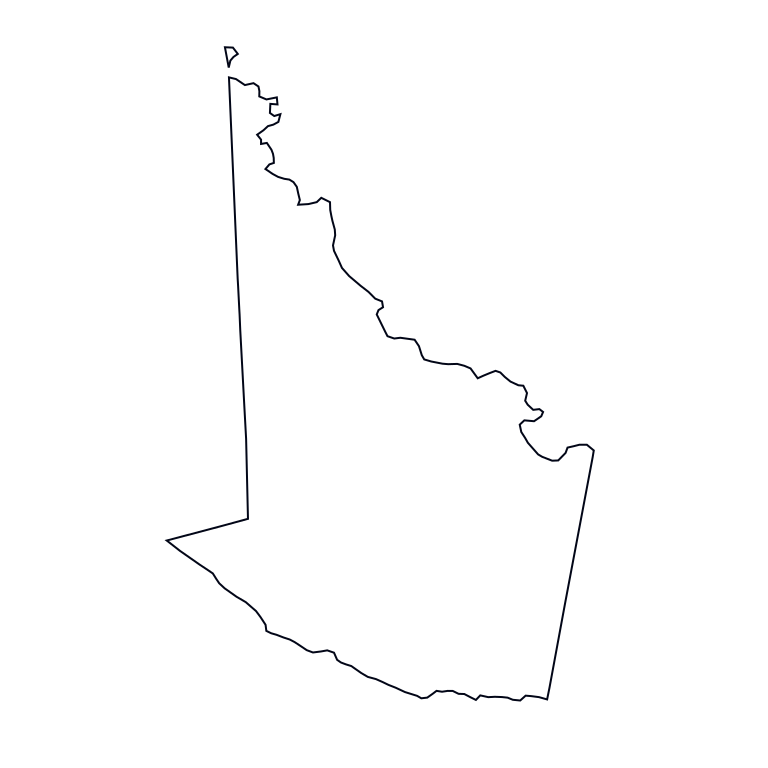 Lago Verde, Maranhão, Brazil, rotated 281°
{"feature_id": "56859067B93982504925722", "entity_name": "Lago Verde", "entity_type": "district", "adm_level": 2, "iso_a3": "BRA", "parent_name": "Brazil", "parent_adm1": "Maranhão", "projection": "robinson", "projection_center": [-44.838, -3.983], "detail": "fine", "context": "isolated", "style": "outline", "palette": "ink", "viewbox_px": 768, "rotation_deg": 281, "n_neighbors": 0, "source": "geoboundaries", "source_scale": "gbopen_adm2", "svg_char_len": 2360}
<svg xmlns="http://www.w3.org/2000/svg" viewBox="0 0 768 768"><g transform="rotate(281 384 384)"><path d="M655.4,173.3L459.3,220.3L451.9,222.2L429.7,227.7L424.6,229.0L409.5,232.6L331.7,252.1L303.9,259.1L225.7,276.2L212.5,249.4L188.9,200.6L181.2,215.7L171.7,237.1L165.4,252.1L160.6,256.6L156.9,260.3L153.0,266.6L147.0,279.9L143.5,289.9L139.8,296.3L136.7,301.7L131.7,307.2L125.0,313.7L119.2,315.6L117.8,320.8L117.3,326.4L116.0,333.7L115.2,340.2L113.6,345.5L110.6,352.8L108.0,358.9L106.9,365.5L109.4,373.1L111.7,379.1L110.7,386.2L104.3,390.6L102.4,394.9L101.5,400.2L100.9,405.7L98.7,410.6L95.9,416.9L93.4,424.0L92.8,432.4L91.2,439.4L89.5,445.8L88.1,453.4L85.6,463.4L84.2,476.0L82.6,480.6L84.4,486.3L89.3,491.0L92.8,494.1L93.0,499.7L94.9,505.1L95.8,510.1L94.1,516.3L95.0,522.0L93.0,528.7L91.4,534.5L96.7,537.9L96.5,546.1L98.1,552.5L99.2,559.5L99.7,565.2L98.6,570.7L99.3,578.1L105.1,582.5L105.7,588.0L106.2,595.9L105.5,604.3L117.3,604.4L203.5,603.6L296.3,603.1L352.1,602.8L358.8,602.6L363.1,594.7L361.7,587.5L359.1,582.0L356.6,576.3L351.0,575.4L342.2,569.6L340.8,563.7L342.7,553.2L344.3,548.7L353.8,536.4L357.9,532.9L363.1,527.9L370.0,525.0L375.1,528.7L376.1,538.4L382.3,544.5L386.9,545.5L389.0,541.3L387.1,535.4L391.1,529.0L394.5,525.8L402.4,526.1L408.9,521.1L408.4,516.1L410.5,507.7L414.0,501.2L417.5,496.0L418.2,491.0L414.9,485.7L411.2,480.1L407.5,474.9L415.8,466.0L417.2,459.4L417.7,452.1L415.7,443.2L415.1,437.6L415.1,426.1L415.8,418.8L419.5,415.6L427.8,411.1L433.3,405.6L432.5,391.2L430.6,385.4L431.6,378.3L435.3,375.4L450.9,363.6L455.5,364.5L459.2,368.4L464.7,366.3L466.1,359.1L471.4,351.3L476.0,342.2L483.3,329.2L489.9,320.6L496.6,315.9L505.2,309.5L510.3,307.5L520.7,307.7L526.3,306.2L534.4,302.2L538.8,300.3L544.6,298.0L552.2,296.3L554.8,286.9L549.7,283.3L546.2,275.5L543.6,265.5L548.5,266.3L554.8,263.4L560.9,260.8L564.9,256.6L566.6,252.1L566.4,246.9L567.1,240.5L569.0,234.5L572.4,226.6L577.7,229.6L580.0,233.7L584.9,232.6L588.8,231.1L592.5,228.8L598.3,223.0L596.2,217.5L600.4,216.7L604.5,211.9L610.0,217.2L615.0,220.9L617.5,225.9L621.1,230.3L629.1,230.8L626.1,225.1L628.3,220.3L637.3,219.0L638.1,226.1L644.9,224.1L640.9,214.3L642.5,206.7L647.7,205.8L652.1,204.0L654.4,198.5L650.9,190.4L655.1,180.5L655.4,173.3ZM680.1,177.5L685.4,171.5L684.2,163.6L665.0,171.2L672.2,171.5L676.4,173.9L680.1,177.5Z" fill="none" stroke="#020617" stroke-width="2"/></g></svg>